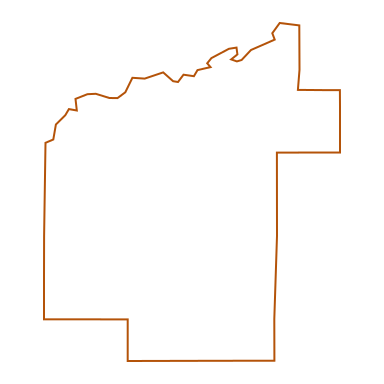 outline of Pittsburg, Oklahoma, United States of America
{"feature_id": "52423323B82358250228718", "entity_name": "Pittsburg", "entity_type": "district", "adm_level": 2, "iso_a3": "USA", "parent_name": "United States of America", "parent_adm1": "Oklahoma", "projection": "robinson", "projection_center": [-95.719, 34.947], "detail": "fine", "context": "isolated", "style": "outline", "palette": "amber", "viewbox_px": 384, "rotation_deg": 0, "n_neighbors": 0, "source": "geoboundaries", "source_scale": "gbopen_adm2", "svg_char_len": 707}
<svg xmlns="http://www.w3.org/2000/svg" viewBox="0 0 384 384"><path d="M274.3,319.0L277.0,235.9L276.9,152.6L340.0,152.5L340.0,138.6L340.0,106.4L339.9,90.1L322.3,90.1L297.9,89.9L299.5,69.8L299.3,25.4L279.7,23.0L272.3,33.2L274.7,39.6L251.0,50.0L241.6,60.0L236.9,61.4L231.2,59.4L237.4,54.4L236.5,47.6L228.9,48.8L211.4,58.1L207.2,63.3L210.5,67.1L197.5,70.1L193.9,76.2L183.5,74.7L178.0,82.0L173.1,81.2L163.2,72.4L144.7,78.6L132.4,77.8L125.3,92.3L117.5,98.1L109.4,98.0L95.8,93.8L87.4,94.2L75.5,98.9L76.8,110.5L68.9,109.1L65.3,115.2L55.9,124.5L53.3,139.5L45.5,142.8L44.1,236.1L44.0,277.7L44.0,319.3L127.7,319.4L127.7,361.0L211.5,360.8L274.4,360.7L274.3,319.0Z" fill="none" stroke="#b45309" stroke-width="2"/></svg>